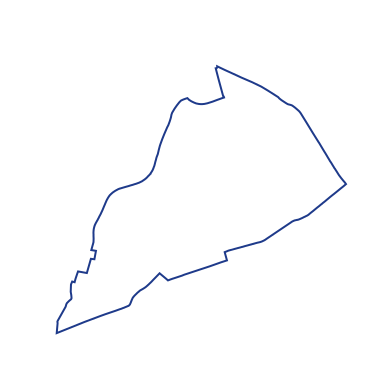 outline of Madinat Nasr-2, Al Qahirah, Egypt, rotated 82°
{"feature_id": "37247803B60267904610722", "entity_name": "Madinat Nasr-2", "entity_type": "district", "adm_level": 2, "iso_a3": "EGY", "parent_name": "Egypt", "parent_adm1": "Al Qahirah", "projection": "natural_earth1", "projection_center": [31.315, 30.048], "detail": "fine", "context": "isolated", "style": "outline", "palette": "blue", "viewbox_px": 384, "rotation_deg": 82, "n_neighbors": 0, "source": "geoboundaries", "source_scale": "gbopen_adm2", "svg_char_len": 5941}
<svg xmlns="http://www.w3.org/2000/svg" viewBox="0 0 384 384"><g transform="rotate(82 192 192)"><path d="M312.9,345.6L305.7,316.4L302.9,303.8L302.0,299.8L301.0,295.0L300.2,290.8L299.0,284.4L298.0,279.6L297.9,279.0L297.7,277.8L297.5,277.3L297.4,276.8L297.3,276.3L297.2,275.8L297.1,275.3L296.8,274.3L296.3,272.3L296.0,271.3L296.0,271.0L295.9,270.7L295.7,270.3L295.5,270.1L295.4,269.9L295.2,269.7L294.9,269.3L294.7,269.1L294.2,268.8L293.9,268.6L293.6,268.4L293.2,268.2L292.8,267.9L292.5,267.8L292.3,267.7L291.7,267.3L291.4,267.2L291.1,267.0L290.6,266.7L290.2,266.5L289.8,266.2L289.3,265.9L289.1,265.8L288.8,265.6L288.6,265.4L288.3,265.2L288.1,264.9L287.6,264.5L287.4,264.2L287.2,264.0L287.0,263.8L286.8,263.5L286.5,263.2L286.3,262.9L286.0,262.5L285.7,262.1L285.4,261.7L285.2,261.4L283.9,259.7L283.7,259.2L283.3,258.7L283.1,258.3L282.7,257.8L282.2,256.9L281.9,256.1L281.2,254.3L280.4,252.5L279.7,251.1L279.2,250.3L278.6,249.4L278.4,249.0L278.1,248.7L277.9,248.4L277.7,248.0L276.7,246.7L275.8,245.4L274.8,244.1L273.8,242.9L271.2,239.5L268.0,235.4L274.2,229.8L276.2,228.1L276.1,227.7L276.0,227.3L275.9,227.0L275.9,226.6L275.8,226.3L275.7,225.9L275.6,225.5L275.5,225.0L275.4,224.3L275.2,223.6L275.1,222.9L275.0,222.3L274.2,217.8L273.4,213.4L273.1,212.3L272.8,211.1L272.2,207.7L271.5,203.9L270.0,195.6L268.1,185.0L266.6,177.6L266.3,176.1L265.7,173.2L264.6,166.9L256.1,168.0L256.0,167.7L255.9,167.3L255.9,166.9L255.8,166.6L255.7,166.2L255.6,165.8L255.5,165.5L255.4,165.1L255.3,164.7L255.2,164.4L255.1,163.9L251.4,135.0L251.3,134.1L251.2,132.8L251.1,131.6L251.0,131.2L251.0,130.9L250.9,130.6L250.8,130.2L250.8,129.9L250.7,129.6L250.6,129.3L250.4,128.7L250.3,128.3L250.2,128.0L250.1,127.6L249.9,127.2L249.8,126.8L249.6,126.5L249.5,126.1L249.3,125.7L249.0,125.2L243.1,113.1L236.0,98.5L235.8,98.1L235.6,97.8L235.4,97.4L235.3,97.0L235.1,96.7L235.0,96.3L234.9,95.9L234.7,95.5L234.7,95.3L234.6,94.9L234.5,94.5L234.4,94.1L234.4,93.7L234.2,91.5L234.3,91.2L234.2,90.9L234.2,90.6L234.1,90.3L234.0,89.7L233.9,89.4L233.8,89.0L233.7,88.6L233.6,88.3L233.5,87.9L233.2,86.8L232.8,85.6L232.4,84.5L232.1,83.4L231.7,82.3L231.4,81.3L231.2,80.8L231.0,80.4L230.9,80.2L230.8,79.9L230.6,79.6L230.4,79.3L230.2,79.0L228.9,76.9L227.7,74.8L226.4,72.7L224.8,70.1L223.6,68.0L222.5,66.3L222.4,66.1L221.8,65.0L221.1,64.0L220.5,62.9L219.9,61.9L219.3,60.9L218.7,60.0L218.1,59.0L217.1,57.4L216.1,55.8L214.9,53.8L213.7,51.7L211.0,47.2L209.1,44.1L207.4,41.2L205.6,38.4L205.0,38.7L203.7,39.4L201.7,40.7L198.7,42.5L195.6,44.2L192.0,45.8L190.1,46.7L188.9,47.2L188.1,47.7L186.8,48.2L185.5,48.8L182.9,49.9L181.8,50.4L180.7,51.0L179.4,51.5L178.2,52.0L176.6,52.7L175.1,53.3L171.8,54.7L170.5,55.3L169.1,55.9L166.5,57.0L160.8,59.4L160.5,59.6L150.2,64.2L139.1,69.0L129.1,73.4L128.0,74.0L127.0,74.6L125.2,76.1L122.8,78.2L121.3,79.7L120.2,80.9L119.6,82.0L119.2,82.9L119.0,83.4L118.7,84.2L118.3,85.0L117.2,86.4L113.5,90.6L111.4,92.6L110.1,93.4L102.5,102.3L97.3,108.7L91.5,117.4L85.6,127.1L78.4,138.3L75.8,142.4L71.1,149.5L71.4,149.5L72.8,150.3L72.8,151.3L84.9,149.9L101.4,147.8L101.8,147.3L102.9,147.1L103.2,148.9L103.9,152.2L104.3,154.2L105.4,159.1L105.9,162.1L106.3,164.5L106.5,167.5L106.4,169.7L106.1,171.6L105.8,172.9L104.9,175.5L103.7,177.6L102.1,180.0L100.3,182.1L98.4,183.5L98.7,185.3L99.2,187.7L99.9,190.1L101.4,192.1L104.2,195.0L107.1,197.7L110.7,200.6L112.6,201.6L115.0,202.4L116.8,203.2L119.1,204.3L122.6,206.2L124.4,207.5L130.8,211.4L135.5,214.1L140.2,216.6L141.0,217.0L141.8,217.4L145.6,219.0L149.7,220.6L152.4,222.1L153.7,222.7L154.8,223.1L156.1,223.7L157.5,224.3L158.8,224.8L160.2,225.4L160.5,225.5L160.9,225.7L161.1,225.8L161.6,226.1L162.1,226.4L162.9,226.8L163.7,227.2L164.0,227.5L164.3,227.6L164.6,227.8L164.9,228.0L165.2,228.2L165.4,228.4L165.6,228.5L165.8,228.7L165.9,228.8L166.1,228.9L166.5,229.3L167.0,229.7L167.5,230.2L168.1,230.4L168.2,230.7L168.4,230.9L168.5,231.1L168.8,231.4L169.0,231.6L169.3,232.0L169.6,232.4L170.0,232.9L170.3,233.4L170.8,233.9L171.0,234.2L171.3,234.5L171.7,235.1L171.9,235.4L172.1,235.7L172.3,235.9L172.4,236.2L172.7,236.7L173.0,237.1L173.2,237.6L173.4,238.0L173.8,238.8L174.0,239.2L174.2,239.6L174.5,240.2L174.6,240.5L174.7,240.9L174.8,241.2L175.0,241.8L175.1,242.2L175.3,242.6L175.4,243.0L175.5,243.6L175.6,244.0L175.7,244.5L175.8,244.9L176.1,246.4L176.3,247.9L176.6,249.4L176.8,250.9L177.0,252.4L177.3,254.0L177.5,255.6L177.7,257.1L177.9,258.4L178.1,259.8L178.3,261.1L178.5,262.4L178.5,262.8L178.6,263.0L178.6,263.3L178.7,263.6L178.7,263.8L178.8,264.1L178.9,264.3L178.9,264.6L179.2,265.4L179.4,265.8L179.5,266.3L179.7,266.7L180.0,267.5L180.2,268.0L180.5,268.6L180.7,269.0L180.9,269.4L181.0,269.7L181.2,270.0L181.4,270.4L181.8,271.1L182.1,271.5L182.4,271.9L182.6,272.3L182.9,272.7L183.2,273.0L183.4,273.4L183.6,273.6L183.8,273.9L184.1,274.2L184.4,274.4L184.6,274.7L184.8,274.9L185.0,275.0L185.4,275.4L186.0,275.9L186.6,276.4L187.2,276.8L187.8,277.3L189.0,278.1L189.7,278.5L190.3,278.9L191.5,279.6L192.7,280.3L193.8,281.0L195.0,281.7L197.7,283.3L200.3,285.0L201.1,285.5L203.4,287.2L204.0,287.6L204.6,288.0L205.2,288.4L205.8,288.9L206.4,289.3L206.9,289.6L207.3,290.0L208.1,290.6L208.9,291.2L209.3,291.5L209.7,291.8L210.1,292.0L210.4,292.3L210.8,292.5L211.2,292.8L211.5,292.9L211.8,293.1L212.1,293.2L212.3,293.4L212.6,293.5L212.9,293.6L213.6,293.9L214.1,294.1L214.6,294.3L214.9,294.4L215.2,294.5L215.6,294.6L216.1,294.7L216.3,294.8L216.8,294.9L217.3,295.0L217.8,295.1L218.3,295.2L218.9,295.3L220.2,295.4L220.8,295.5L222.3,295.7L223.4,295.8L224.0,295.9L224.5,295.9L225.0,296.0L225.5,296.1L226.0,296.2L226.8,296.3L227.7,296.5L227.9,296.6L228.2,296.6L228.4,296.7L228.6,296.8L228.8,296.9L229.1,297.0L235.5,299.8L236.9,295.3L245.0,298.0L244.1,301.4L257.6,307.4L254.8,315.9L257.1,317.1L261.7,319.4L265.0,320.8L264.0,323.1L266.7,324.7L274.0,326.0L277.2,325.9L279.5,326.0L280.4,326.1L281.3,326.6L282.9,329.1L284.6,331.3L285.7,332.1L288.0,333.1L301.0,343.0L301.9,343.4L302.7,343.3L303.4,343.4L312.9,345.6Z" fill="none" stroke="#1e3a8a" stroke-width="2"/></g></svg>